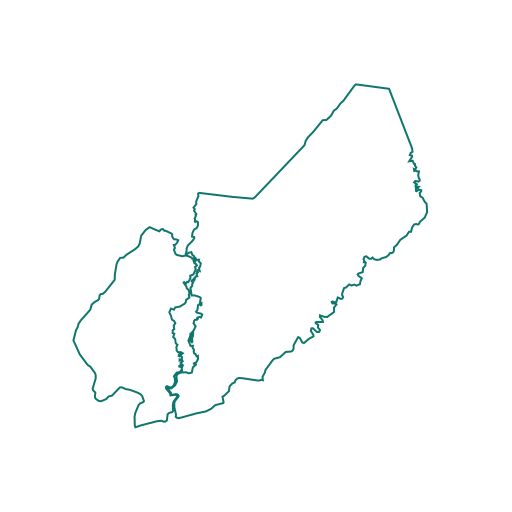 the district of Lívingston, Izabal, Guatemala, rotated 132°
{"feature_id": "79465075B12175852129517", "entity_name": "Lívingston", "entity_type": "district", "adm_level": 2, "iso_a3": "GTM", "parent_name": "Guatemala", "parent_adm1": "Izabal", "projection": "orthographic", "projection_center": [-89.005, 15.735], "detail": "fine", "context": "isolated", "style": "outline", "palette": "teal", "viewbox_px": 512, "rotation_deg": 132, "n_neighbors": 0, "source": "geoboundaries", "source_scale": "gbopen_adm2", "svg_char_len": 6124}
<svg xmlns="http://www.w3.org/2000/svg" viewBox="0 0 512 512"><g transform="rotate(132 256 256)"><path d="M42.7,269.0L61.6,296.6L64.0,296.8L82.3,294.9L85.9,295.3L92.5,294.6L96.0,295.4L101.4,294.1L107.8,294.7L110.5,297.3L126.0,296.5L133.0,296.8L137.0,296.2L141.2,294.1L213.2,296.1L215.6,296.8L227.8,313.0L247.0,340.3L248.3,340.8L250.1,338.8L255.6,336.9L257.3,335.1L261.9,334.8L262.1,333.0L263.8,332.3L264.8,328.4L265.9,328.4L266.3,327.5L269.2,326.7L269.7,325.7L271.2,324.6L271.3,323.9L270.1,323.5L269.6,322.0L272.2,319.5L275.1,318.7L277.6,319.7L281.1,318.8L284.4,316.5L283.3,314.7L284.0,313.8L287.4,313.3L293.9,313.7L297.0,312.5L299.2,310.6L301.5,309.6L301.7,308.8L298.5,308.1L296.4,306.6L297.8,303.8L297.6,301.8L298.3,300.8L297.9,299.7L298.8,297.7L296.9,295.9L298.2,295.2L298.4,292.1L301.1,290.5L303.0,290.4L304.8,287.9L305.4,289.7L306.1,289.7L307.2,289.3L307.2,288.2L308.9,288.5L310.3,286.1L311.8,287.2L313.0,286.6L314.2,287.1L314.7,285.7L315.6,285.5L316.3,287.2L317.3,287.3L317.8,286.9L317.8,285.0L319.7,284.6L320.9,283.4L323.6,283.3L328.4,277.4L326.4,275.3L324.2,270.5L324.2,268.8L328.5,266.3L327.3,265.2L329.0,263.7L329.7,264.1L329.6,265.5L331.4,266.2L334.9,263.6L337.5,263.2L337.7,262.1L335.5,258.0L335.5,256.8L338.5,255.7L338.9,257.1L341.0,258.3L341.6,258.2L341.7,257.2L342.9,257.2L344.2,258.6L345.3,258.7L347.8,257.4L348.6,253.8L354.0,252.3L357.0,249.7L360.0,248.4L362.2,246.0L363.0,245.9L363.0,246.4L362.5,248.9L361.1,250.0L357.6,250.8L355.4,252.5L356.7,252.5L358.2,251.2L357.2,253.1L359.3,251.4L364.1,249.6L366.6,244.5L364.9,242.8L366.6,241.8L367.3,239.2L368.7,238.4L369.8,236.7L369.3,235.5L370.3,233.0L369.1,232.3L371.4,230.1L375.1,229.2L377.4,230.3L377.8,229.3L376.7,228.5L376.9,227.9L381.0,228.4L385.6,225.7L388.1,227.4L389.1,230.0L392.6,233.7L395.6,235.1L398.2,235.1L402.2,230.7L406.1,229.6L411.0,230.3L413.5,233.5L414.6,227.8L415.8,225.8L412.2,223.1L411.3,221.4L411.6,220.1L412.4,219.5L418.1,219.2L420.2,218.1L423.2,215.3L427.4,209.3L429.2,208.1L429.2,206.6L428.3,204.9L412.7,194.9L405.0,189.2L399.5,187.1L394.1,186.5L387.2,181.9L386.6,182.0L382.9,186.8L381.1,186.1L374.6,185.7L370.4,188.5L366.5,188.3L364.1,187.2L362.3,188.1L359.5,187.9L357.7,186.7L355.3,183.4L347.0,170.8L344.3,169.0L343.7,167.8L341.4,170.3L336.7,171.4L334.4,172.7L322.3,173.9L320.3,173.8L315.2,170.5L307.4,169.7L303.4,165.9L301.7,165.5L300.0,165.9L297.0,168.4L288.1,170.4L287.6,168.5L289.3,163.7L288.6,162.1L282.2,161.3L277.3,159.5L276.2,160.6L275.0,165.1L272.7,166.4L271.7,165.5L271.7,159.7L270.0,158.2L268.1,159.0L267.7,162.2L265.5,163.7L266.0,166.4L265.6,167.2L264.7,167.0L260.2,162.1L259.2,163.6L258.5,167.8L257.3,168.7L255.6,164.7L253.7,162.3L245.3,160.5L242.2,163.5L238.1,163.8L238.1,165.2L240.1,167.4L239.5,169.0L238.7,168.8L237.5,166.2L236.5,165.5L232.1,167.5L231.1,164.1L229.7,163.3L228.0,164.0L227.3,166.1L226.3,166.8L220.9,169.1L219.4,168.1L214.8,167.7L214.0,165.3L211.4,163.7L210.8,161.5L207.4,159.9L204.7,161.6L201.7,162.5L202.2,166.3L201.7,168.1L200.6,168.2L196.6,165.9L193.2,168.4L190.2,168.3L187.5,170.0L187.4,170.8L188.4,171.7L187.1,172.4L186.4,174.0L184.0,174.8L182.4,173.8L182.2,169.9L180.9,168.5L179.2,168.4L179.3,165.8L177.8,163.3L175.3,161.3L173.8,161.2L169.5,158.5L166.2,158.1L164.4,158.5L162.9,157.0L161.2,156.6L159.6,157.2L157.3,159.2L153.1,158.8L147.4,159.6L140.1,157.8L135.6,158.5L134.2,157.0L130.3,159.1L126.9,159.6L125.0,158.4L124.3,156.7L123.5,156.4L120.6,157.0L114.6,156.3L108.9,158.2L103.0,164.2L102.9,166.7L101.2,171.3L101.7,173.9L99.7,176.5L97.4,176.5L96.6,177.3L97.8,179.4L100.4,180.0L100.6,180.7L98.7,182.5L97.4,181.2L95.6,181.3L97.5,183.9L96.8,184.7L95.1,184.5L95.5,187.8L93.7,187.8L91.9,185.0L90.8,184.7L89.6,185.5L89.4,186.7L87.7,189.3L84.1,191.5L85.4,193.1L85.5,194.2L86.9,195.3L85.7,196.8L85.4,195.7L82.9,196.1L82.5,198.3L81.3,199.4L81.8,200.3L80.4,203.3L83.1,205.5L77.8,206.4L77.0,207.2L78.1,209.2L75.9,210.0L73.9,209.4L71.7,211.8L42.7,269.0ZM464.0,231.0L458.7,228.1L444.9,218.9L441.6,215.9L440.9,213.7L439.5,212.5L437.9,212.2L432.7,215.8L430.7,215.5L427.9,213.8L426.6,214.0L422.6,217.9L419.8,219.7L412.5,220.5L412.7,222.7L416.8,226.3L415.5,228.2L414.6,234.2L413.8,235.2L412.3,235.1L411.1,231.6L409.3,230.5L406.8,230.7L403.4,232.1L401.1,234.6L400.3,236.5L395.8,236.9L392.7,234.7L391.5,235.2L390.5,234.4L389.1,236.2L386.4,237.1L387.3,238.2L388.6,237.2L389.5,239.1L388.9,239.5L386.1,238.7L385.9,240.4L383.3,240.0L382.8,241.3L384.9,242.7L384.0,243.6L383.3,242.5L382.2,242.1L381.6,243.0L380.6,243.3L380.3,245.4L381.7,245.6L382.0,246.6L380.2,247.4L378.5,245.6L377.3,245.3L377.7,247.5L379.7,249.6L379.3,251.7L377.0,254.2L374.5,255.0L374.6,257.2L371.8,260.5L371.6,263.4L368.4,264.7L369.0,266.4L366.9,268.2L365.1,267.8L362.6,270.7L360.0,270.9L359.1,273.1L359.5,276.0L357.4,279.0L355.8,282.8L352.0,284.0L350.8,281.1L348.2,281.6L344.7,278.8L339.5,277.2L337.6,277.2L335.2,278.6L331.5,277.7L329.6,280.1L328.5,280.1L326.3,283.3L326.3,286.0L325.3,287.3L324.2,292.0L323.5,291.9L323.3,289.6L321.4,290.0L320.7,288.8L316.1,290.0L314.7,291.7L311.6,290.2L306.1,292.0L305.1,293.9L302.6,293.5L302.1,295.3L302.6,296.9L301.4,299.0L300.6,297.5L300.0,297.7L299.8,301.2L300.6,301.7L300.5,303.4L301.6,306.6L302.8,308.7L305.4,310.5L308.2,315.6L308.3,317.1L306.2,321.3L304.3,321.6L302.8,324.4L301.9,323.5L298.7,323.6L296.4,324.3L297.0,326.3L298.3,328.0L298.3,329.4L297.5,331.4L295.9,332.9L295.9,333.9L297.7,340.1L298.6,341.0L298.3,343.3L299.9,344.4L302.4,344.4L305.8,354.4L310.6,355.4L317.8,354.9L324.3,350.9L327.6,349.9L331.7,350.4L341.8,353.1L345.8,353.4L348.4,355.7L353.2,355.0L355.8,353.9L363.8,348.8L368.3,345.1L383.2,344.1L386.6,344.5L388.3,345.9L389.8,345.9L392.9,343.9L394.4,343.8L398.0,345.1L402.1,345.6L406.8,343.2L421.4,343.1L425.2,342.5L428.4,340.8L431.6,340.1L440.9,335.2L447.0,321.2L449.6,308.3L449.1,305.0L450.7,297.4L451.8,295.4L454.3,293.2L463.9,288.6L464.8,287.2L465.0,284.0L468.1,281.8L469.2,280.4L469.3,278.8L468.9,275.7L467.5,273.9L462.6,271.6L458.7,271.4L456.2,269.6L444.6,269.2L443.3,267.7L442.1,263.8L439.8,260.1L436.8,252.6L436.0,249.4L436.2,246.9L438.8,242.2L439.9,242.0L443.2,243.5L445.4,243.5L453.3,240.7L456.6,238.8L463.3,232.4L464.0,231.0Z" fill="none" stroke="#0f766e" stroke-width="2"/></g></svg>